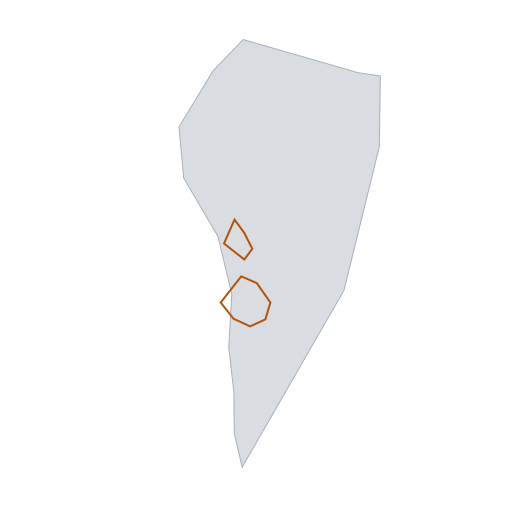 Liechtenstein, with Planken highlighted, rotated 191°
{"feature_id": "LIE-4901", "entity_name": "Planken", "entity_type": "state/province", "adm_level": 1, "iso_a3": "LIE", "parent_name": "Liechtenstein", "parent_adm1": "", "projection": "equal_earth", "projection_center": [9.551, 47.174], "detail": "fine", "context": "in_parent", "style": "outline", "palette": "amber", "viewbox_px": 512, "rotation_deg": 191, "n_neighbors": 0, "source": "natural_earth", "source_scale": "10m", "svg_char_len": 575}
<svg xmlns="http://www.w3.org/2000/svg" viewBox="0 0 512 512"><g transform="rotate(191 256 256)"><path d="M309.9,466.0L190.7,455.4L168.3,456.4L155.8,386.9L163.1,239.0L229.3,46.0L243.5,77.7L251.7,118.0L265.3,161.0L272.4,213.7L297.1,268.0L341.9,318.8L356.2,368.0L333.5,429.6L309.9,466.0Z" fill="#d9dde1" stroke="#a8b0b8" stroke-width="1"/><path d="M281.8,203.6L266.6,233.2L250.0,229.5L233.0,213.1L234.7,195.6L248.3,185.8L266.1,190.1L281.8,203.6ZM266.8,250.3L289.8,262.2L284.0,287.6L272.1,276.6L261.0,262.4L266.8,250.3Z" fill="none" stroke="#b45309" stroke-width="2"/></g></svg>